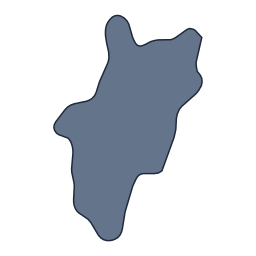 an SVG outline of Al Bahah
{"feature_id": "SAU-885", "entity_name": "Al Bahah", "entity_type": "Region", "adm_level": 1, "iso_a3": "SAU", "parent_name": "Saudi Arabia", "parent_adm1": "", "projection": "equal_earth", "projection_center": [41.371, 20.064], "detail": "fine", "context": "isolated", "style": "filled", "palette": "slate", "viewbox_px": 256, "rotation_deg": 0, "n_neighbors": 0, "source": "natural_earth", "source_scale": "10m", "svg_char_len": 1353}
<svg xmlns="http://www.w3.org/2000/svg" viewBox="0 0 256 256"><path d="M201.8,37.5L196.1,62.2L196.3,66.4L197.2,71.3L200.2,75.1L201.7,78.1L202.1,81.8L201.3,85.8L198.5,90.7L196.0,93.7L181.8,106.3L179.3,109.4L177.4,113.7L176.4,118.1L175.8,129.6L174.0,137.6L161.9,170.9L158.6,172.9L154.5,173.6L143.2,173.6L140.8,174.1L138.7,175.4L137.5,176.7L136.1,178.9L132.8,185.9L125.1,211.8L122.3,229.1L121.4,232.3L119.9,235.2L117.7,237.6L115.2,239.1L112.6,240.1L109.9,240.6L107.1,240.6L103.9,239.8L101.0,238.1L98.5,235.4L90.9,222.6L88.0,219.2L78.8,212.9L77.4,211.6L75.6,209.1L74.3,205.9L73.7,202.7L73.6,199.5L74.3,186.2L74.0,182.8L71.8,172.4L71.6,169.0L73.0,152.4L72.8,149.0L72.1,145.5L71.0,142.3L69.5,139.8L68.5,138.6L68.0,138.1L59.0,134.8L56.6,133.2L54.7,130.6L53.9,127.7L54.3,124.6L55.9,121.6L65.1,109.6L67.8,106.9L70.9,105.0L74.5,103.7L86.2,101.3L89.0,100.3L91.8,98.7L94.7,95.5L96.2,92.3L99.5,81.7L108.0,62.5L108.9,58.3L108.9,56.7L108.6,51.9L106.5,42.3L105.5,35.6L105.4,32.1L105.6,29.1L106.2,26.3L106.8,24.4L108.0,22.1L109.9,19.5L112.3,17.1L114.9,15.8L117.8,15.4L120.7,16.0L124.3,18.1L126.9,20.8L128.8,24.1L132.6,37.3L134.0,40.5L135.5,43.3L137.3,45.2L138.9,45.9L141.4,46.0L145.0,44.6L150.8,41.6L154.1,40.6L158.0,39.9L170.8,39.7L173.4,38.8L176.0,37.3L187.1,29.4L189.7,28.5L192.7,29.1L195.0,30.2L201.8,37.5Z" fill="#64748b" stroke="#1e293b" stroke-width="1.5"/></svg>